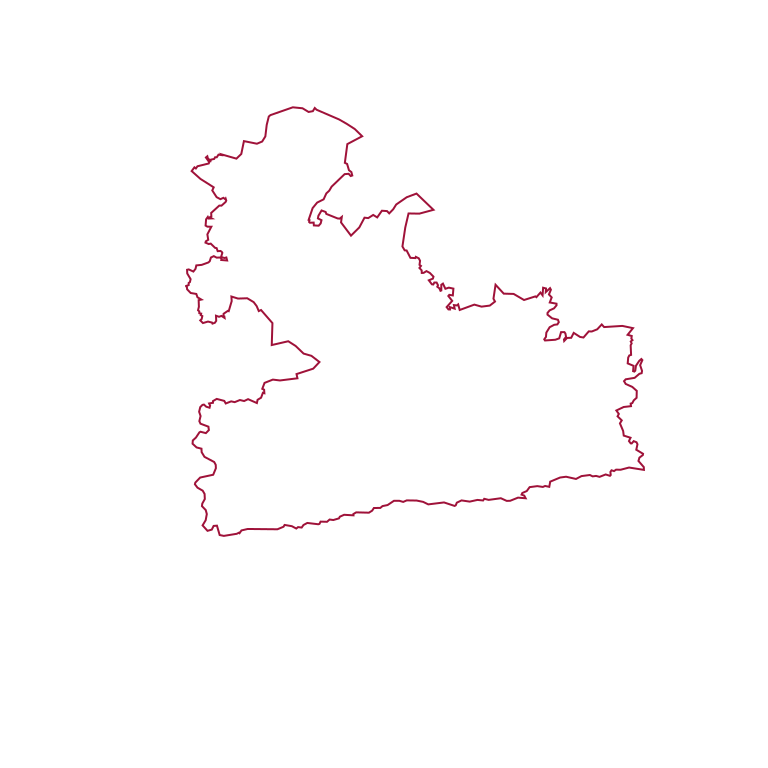 outline of Buffalo City, Eastern Cape, South Africa, rotated 28°
{"feature_id": "47623444B85184421345333", "entity_name": "Buffalo City", "entity_type": "district", "adm_level": 2, "iso_a3": "ZAF", "parent_name": "South Africa", "parent_adm1": "Eastern Cape", "projection": "albers", "projection_center": [27.551, -32.98], "detail": "fine", "context": "isolated", "style": "outline", "palette": "rose", "viewbox_px": 768, "rotation_deg": 28, "n_neighbors": 0, "source": "geoboundaries", "source_scale": "gbopen_adm2", "svg_char_len": 6165}
<svg xmlns="http://www.w3.org/2000/svg" viewBox="0 0 768 768"><g transform="rotate(28 384 384)"><path d="M309.8,594.5L313.9,593.3L324.3,585.4L325.8,583.3L326.5,583.5L326.9,580.2L331.7,576.0L358.1,562.3L362.3,557.2L362.4,555.1L369.4,552.8L374.4,552.8L375.3,550.7L378.7,549.4L379.1,546.3L381.5,542.7L391.8,538.7L392.7,537.8L392.6,535.3L398.4,532.4L399.6,529.2L403.1,527.9L407.3,523.8L407.3,521.9L410.2,518.2L418.7,514.3L418.0,513.2L419.7,510.4L431.1,504.7L433.0,501.4L433.3,498.2L438.9,495.2L440.0,492.5L444.0,489.2L447.6,482.5L452.5,479.9L456.3,479.1L458.7,476.1L467.5,471.6L473.9,469.7L479.6,469.5L492.6,460.4L503.6,458.5L504.3,457.4L504.0,454.6L507.1,450.4L514.9,447.6L520.9,442.5L526.2,440.3L526.4,438.3L530.8,437.2L540.8,430.0L547.2,429.6L550.2,427.9L555.7,421.4L562.7,418.4L560.2,416.7L557.4,417.1L557.3,415.3L560.3,411.5L561.0,406.7L567.3,402.2L572.6,400.3L574.1,398.4L578.2,397.2L576.6,392.2L583.4,383.9L588.3,380.4L598.1,377.7L601.6,372.6L608.5,367.7L611.6,367.6L614.4,365.6L617.9,364.8L622.2,359.8L626.6,359.0L626.9,357.9L625.2,355.4L625.4,353.4L628.0,352.9L629.1,350.7L633.2,348.6L639.6,342.7L653.8,337.8L652.4,335.4L644.8,332.5L644.1,329.1L645.9,325.2L645.5,324.0L637.6,323.6L636.1,318.2L634.3,316.9L631.3,317.2L630.6,320.2L629.7,320.6L627.1,319.4L626.9,315.7L619.9,317.0L617.2,313.2L610.8,308.0L611.0,304.5L605.4,302.9L605.4,300.2L601.6,298.3L606.4,291.8L612.5,287.6L611.0,285.5L612.2,284.3L612.2,281.2L613.5,277.6L610.4,271.4L604.6,270.0L597.4,270.5L594.6,268.8L595.2,266.4L602.4,260.9L604.7,255.1L606.4,253.5L605.7,251.3L601.3,247.1L600.9,241.6L599.5,241.1L598.5,243.7L597.9,249.6L599.6,254.3L599.2,255.5L597.9,255.7L595.8,250.8L589.5,251.4L587.2,246.0L587.2,243.6L588.5,242.3L583.6,234.0L583.6,231.9L581.9,230.6L582.8,228.6L581.1,227.8L580.2,225.3L576.0,226.2L577.6,217.8L567.2,220.8L551.6,230.4L548.3,229.2L546.6,235.6L542.8,240.1L540.1,241.4L538.3,249.3L535.0,250.4L527.5,249.8L527.6,255.3L524.0,257.4L522.9,261.4L522.0,260.2L522.6,256.9L520.5,254.3L519.0,253.5L516.0,255.1L517.3,261.4L514.5,264.5L505.7,270.0L504.5,269.3L504.9,266.4L503.2,262.4L503.6,256.1L506.5,251.8L509.1,250.0L509.3,247.3L507.4,245.6L501.6,247.1L495.8,246.0L495.0,244.5L495.7,241.2L498.6,237.4L499.4,233.5L498.6,232.1L492.1,234.2L491.4,228.8L487.6,227.5L487.1,222.4L485.6,221.4L483.7,226.9L482.2,223.6L479.3,224.3L482.4,231.3L479.2,229.8L477.8,235.8L476.5,235.6L468.2,244.1L456.2,243.6L447.3,248.0L435.9,244.0L440.6,257.3L443.3,259.1L440.6,265.1L433.8,269.9L426.5,271.5L416.1,283.1L412.1,278.9L411.5,280.4L408.7,281.5L411.0,284.3L406.0,285.2L407.3,287.2L405.9,287.9L403.2,286.7L405.2,278.6L399.5,276.1L399.8,274.6L403.2,273.5L400.5,267.2L396.0,268.5L393.5,271.1L388.9,267.7L388.0,269.5L390.7,274.5L390.1,275.2L387.9,273.5L385.4,273.1L385.3,271.4L382.8,269.7L380.8,270.8L380.8,273.0L379.5,273.5L374.9,271.4L377.7,268.0L377.3,266.0L372.3,264.4L368.5,264.4L366.8,267.3L365.2,268.2L363.9,266.0L360.8,264.9L361.2,262.4L359.4,262.1L358.0,258.3L355.7,256.7L352.4,256.8L352.6,258.1L348.1,260.2L341.3,255.5L339.5,256.3L335.7,253.9L329.3,235.8L325.6,221.9L335.2,217.0L345.9,207.0L323.3,200.6L316.4,208.4L310.5,219.8L310.1,225.4L308.5,230.9L305.5,229.9L300.8,232.0L299.8,240.1L295.1,239.8L292.2,244.9L288.7,246.3L288.7,257.3L285.2,268.5L270.2,261.5L268.3,256.3L267.2,258.8L265.3,259.6L253.2,260.9L251.7,259.5L247.4,260.1L247.1,266.3L247.9,268.8L251.9,268.7L252.7,272.0L252.0,274.9L247.6,276.9L246.1,274.5L242.9,276.4L241.8,276.1L241.3,274.3L240.4,274.5L238.4,262.2L239.8,255.2L244.0,249.3L243.6,242.8L244.9,239.0L245.1,234.3L250.7,217.2L254.1,215.0L257.0,216.0L258.1,214.8L255.7,212.2L252.7,211.7L248.1,207.0L245.6,207.1L239.0,189.4L248.4,175.5L238.5,172.6L229.2,171.8L220.1,171.5L195.7,173.5L193.3,172.8L193.1,176.5L189.7,179.2L182.6,178.8L173.6,182.5L157.5,199.9L156.7,201.9L158.8,210.3L163.0,221.1L162.6,227.1L159.0,231.5L146.3,235.3L150.0,247.9L147.9,254.3L132.4,257.6L133.2,258.1L130.2,259.2L129.9,262.3L128.4,263.1L128.4,265.0L125.9,267.1L126.1,268.3L122.6,267.5L121.1,265.9L120.4,267.6L125.6,270.2L125.7,271.6L117.1,279.3L116.7,282.0L114.9,281.7L114.2,286.3L125.7,289.1L141.3,290.3L141.5,293.7L148.5,297.6L152.8,297.6L154.8,295.0L157.0,295.4L157.1,294.6L158.6,296.1L158.7,297.6L156.8,302.8L154.8,303.8L151.1,314.1L152.9,317.1L151.8,318.7L154.1,318.7L151.4,320.3L150.0,319.2L149.6,322.1L152.1,327.9L154.2,328.0L157.7,326.2L157.8,334.8L161.1,339.2L159.7,341.7L160.0,343.0L163.5,342.7L165.1,341.4L171.0,343.1L172.4,342.6L174.8,344.8L177.2,343.3L178.7,343.5L179.7,344.1L180.5,348.3L183.9,347.7L185.4,346.3L187.5,348.6L182.1,350.9L181.7,349.6L179.8,349.3L176.9,351.0L173.7,351.0L171.8,353.6L172.5,357.4L171.9,359.1L167.1,364.4L162.6,367.4L163.5,370.8L162.9,374.2L157.8,374.5L156.5,375.6L158.4,378.8L164.0,382.2L164.8,385.1L164.1,386.5L165.1,388.4L162.7,390.9L164.1,390.4L165.7,392.8L170.6,394.4L176.0,392.6L178.6,395.0L183.1,395.2L181.0,397.0L184.3,402.7L185.2,406.2L186.8,406.6L187.7,408.2L189.5,407.7L189.8,409.2L191.7,409.3L192.5,412.2L191.9,414.1L195.5,415.2L199.3,411.5L203.3,410.5L204.2,411.2L205.9,409.4L206.2,407.0L203.6,402.6L206.8,402.1L208.5,400.2L212.2,400.5L211.3,399.3L210.4,399.6L209.4,397.3L211.8,392.7L212.7,392.6L210.6,382.3L208.2,378.4L215.0,377.1L223.0,372.5L230.5,372.9L235.0,375.0L239.2,378.4L240.7,376.4L256.9,382.6L266.6,402.3L279.4,391.2L288.1,391.9L298.7,394.9L306.7,393.2L316.7,394.9L314.3,403.7L302.1,416.3L304.9,419.6L290.5,429.7L283.8,432.3L278.0,439.1L278.8,445.4L280.8,445.3L282.7,448.3L281.2,448.6L281.9,453.8L279.8,457.3L280.7,460.5L271.1,461.2L268.5,464.7L264.3,465.8L260.7,470.1L257.2,471.1L253.4,475.5L250.9,473.9L243.3,475.7L241.0,479.4L241.8,480.9L238.7,483.3L240.6,484.7L241.1,486.9L237.7,487.5L234.7,486.7L233.5,487.7L232.6,490.7L233.8,495.3L237.1,498.4L238.4,503.5L240.6,505.2L249.0,504.1L251.0,506.9L249.8,511.0L244.4,512.3L243.7,513.4L243.1,519.6L241.7,523.6L243.0,526.6L248.3,528.0L253.2,526.8L255.0,529.8L259.7,532.6L270.7,532.6L273.4,534.4L275.1,537.3L275.8,544.3L265.6,552.9L263.7,559.6L264.1,561.3L268.0,563.1L274.0,563.3L277.2,565.3L279.8,569.7L279.7,574.9L280.6,577.3L285.8,579.0L288.6,582.0L290.5,588.0L290.2,594.0L297.1,596.5L300.3,593.4L300.2,589.3L303.0,587.5L309.8,594.5Z" fill="none" stroke="#9f1239" stroke-width="2"/></g></svg>